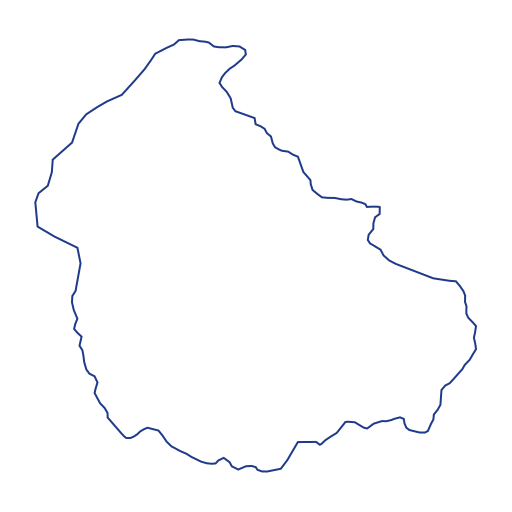 Tambunan, Sabah, Malaysia, rotated 91°
{"feature_id": "92858781B2820786401574", "entity_name": "Tambunan", "entity_type": "district", "adm_level": 2, "iso_a3": "MYS", "parent_name": "Malaysia", "parent_adm1": "Sabah", "projection": "mercator", "projection_center": [116.421, 5.708], "detail": "fine", "context": "isolated", "style": "outline", "palette": "blue", "viewbox_px": 512, "rotation_deg": 91, "n_neighbors": 0, "source": "geoboundaries", "source_scale": "gbopen_adm2", "svg_char_len": 2595}
<svg xmlns="http://www.w3.org/2000/svg" viewBox="0 0 512 512"><g transform="rotate(91 256 256)"><path d="M420.1,401.5L435.6,387.6L438.3,385.0L440.2,382.7L440.2,378.5L438.7,375.1L436.4,371.7L433.4,368.7L431.1,364.9L429.6,361.5L432.2,350.5L437.2,346.3L443.2,342.1L447.8,337.2L452.3,328.5L455.0,322.0L458.0,317.1L462.6,307.2L464.1,301.5L464.5,296.6L464.1,292.8L461.1,290.1L458.4,284.8L462.6,278.8L466.7,276.5L469.8,270.0L466.4,262.4L466.0,256.8L467.1,252.6L469.8,250.7L471.3,246.1L471.3,241.2L468.3,227.5L459.5,221.1L441.3,210.9L440.9,194.2L440.9,192.6L443.6,188.9L442.8,187.3L439.0,183.5L435.3,178.2L431.5,172.2L421.6,164.6L420.5,163.8L420.1,161.5L420.5,154.3L423.1,149.8L425.8,145.2L426.5,141.8L421.6,135.4L418.9,127.4L418.9,122.8L417.8,118.3L416.3,114.5L414.8,109.2L416.3,105.4L420.8,104.6L425.0,102.7L427.3,99.7L428.4,94.8L429.6,89.5L429.6,84.1L428.0,81.1L420.8,78.1L416.3,75.8L411.4,75.4L406.4,71.6L401.5,69.0L393.9,68.6L386.7,68.2L382.1,64.4L379.9,60.2L376.1,56.8L365.5,47.7L361.3,45.4L356.0,40.5L349.9,37.1L345.3,34.4L340.0,35.2L334.0,36.7L328.3,35.6L322.2,34.8L318.8,37.9L313.9,42.8L309.7,44.7L302.5,44.7L298.3,46.2L291.9,46.2L287.3,48.1L285.9,49.2L283.1,51.1L277.8,55.7L277.4,62.1L275.2,78.5L261.5,116.0L258.1,122.8L253.2,128.5L247.5,131.6L241.4,142.2L238.0,144.5L232.7,143.7L227.0,139.2L221.3,139.2L215.2,137.6L211.8,133.1L205.4,133.1L205.0,133.1L204.6,134.6L204.6,139.9L205.0,146.0L202.3,147.5L200.8,151.3L199.7,156.6L197.4,161.5L198.1,166.5L197.8,171.4L196.6,178.2L196.6,185.4L196.2,191.1L193.2,195.3L189.0,200.6L183.3,202.5L179.2,202.9L171.2,210.1L156.0,215.8L154.1,220.7L151.1,225.6L150.3,232.1L148.8,235.5L146.9,238.9L143.1,241.2L136.3,243.1L132.9,247.3L128.7,249.6L126.4,253.3L124.2,258.7L118.1,259.8L116.6,264.3L111.6,279.1L108.2,281.8L98.7,284.1L92.3,288.2L87.7,292.8L83.6,295.5L77.9,293.2L73.7,290.1L69.2,285.6L66.1,281.0L63.1,277.6L59.7,273.8L54.7,269.7L50.2,270.4L46.8,276.1L46.4,282.9L47.9,289.8L47.9,297.0L47.2,301.9L43.4,306.8L42.6,310.6L42.2,316.3L40.7,322.4L40.7,327.3L41.5,336.8L46.0,341.7L49.4,348.9L55.5,360.3L61.6,364.1L71.1,370.6L82.8,380.4L97.2,393.0L104.1,407.8L109.8,417.2L117.3,428.2L126.8,435.8L145.8,441.9L163.2,460.9L175.8,461.6L189.4,465.4L197.0,474.5L206.1,477.6L230.4,474.9L239.9,458.2L250.9,434.7L266.4,431.3L294.1,435.8L299.1,438.9L305.5,439.2L313.1,437.3L321.8,433.5L326.8,435.4L332.1,436.6L335.9,433.2L339.7,429.0L345.0,430.1L348.8,430.9L353.3,427.9L359.4,426.7L364.7,426.0L372.3,423.7L376.5,420.6L379.1,415.3L385.2,412.3L392.0,414.2L395.8,415.0L406.0,409.3L410.6,404.7L415.5,401.7L420.1,401.5Z" fill="none" stroke="#1e3a8a" stroke-width="2"/></g></svg>